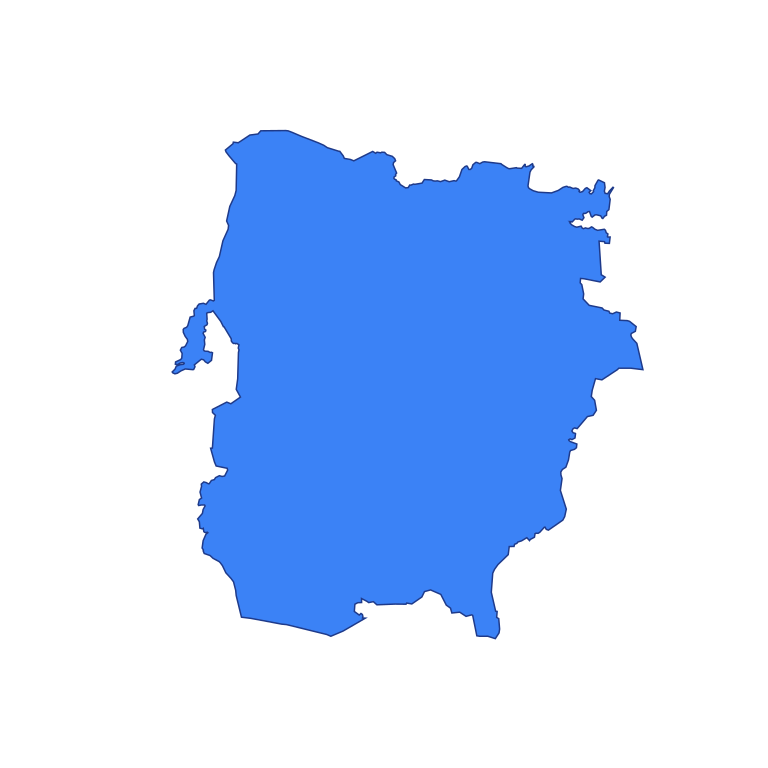 the district of Kastuļinas pag., Aglonas, Latvia, rotated 112°
{"feature_id": "27541924B97590463974978", "entity_name": "Kastuļinas pag.", "entity_type": "district", "adm_level": 2, "iso_a3": "LVA", "parent_name": "Latvia", "parent_adm1": "Aglonas", "projection": "albers", "projection_center": [27.187, 56.158], "detail": "fine", "context": "isolated", "style": "filled", "palette": "blue", "viewbox_px": 768, "rotation_deg": 112, "n_neighbors": 0, "source": "geoboundaries", "source_scale": "gbopen_adm2", "svg_char_len": 6171}
<svg xmlns="http://www.w3.org/2000/svg" viewBox="0 0 768 768"><g transform="rotate(112 384 384)"><path d="M582.7,203.6L582.0,200.6L579.0,193.3L578.4,185.4L571.7,184.1L567.9,185.0L558.6,189.7L558.2,192.1L552.5,193.9L552.8,195.4L536.9,206.5L518.7,212.3L514.5,212.1L508.7,210.7L495.7,204.9L487.8,207.0L485.9,202.6L483.7,202.9L482.0,201.1L480.4,200.7L477.9,197.7L473.0,194.0L474.7,190.4L473.4,190.2L469.7,187.1L466.2,187.9L465.4,187.2L464.7,185.2L463.1,184.0L456.8,181.7L456.4,181.1L458.0,179.1L457.9,176.8L443.2,167.2L439.2,166.8L431.7,168.1L416.6,180.6L405.0,183.5L402.0,185.9L399.4,187.1L396.4,186.6L393.0,184.2L385.3,184.5L377.4,186.3L375.8,186.1L373.2,182.9L371.0,181.7L367.4,182.7L367.6,189.6L367.1,191.4L366.5,191.9L365.1,190.8L365.2,188.9L362.5,186.7L358.3,187.8L358.1,188.3L358.4,190.3L357.2,192.2L354.8,192.0L353.3,190.9L353.0,188.2L338.0,183.2L334.7,178.4L328.8,177.2L320.2,182.6L318.0,187.1L311.8,188.6L299.8,189.9L298.5,183.5L283.3,173.0L281.4,172.2L276.9,161.1L273.7,149.3L251.6,164.8L248.9,170.5L247.8,172.1L246.1,173.5L244.5,173.6L241.0,170.7L236.3,171.7L233.9,179.8L234.1,182.2L236.6,189.3L229.7,191.7L230.2,195.5L233.2,198.3L233.7,201.3L232.3,202.7L233.0,207.7L231.8,210.3L234.2,223.2L230.5,231.3L225.7,232.6L217.8,237.8L216.7,240.0L212.5,241.3L211.5,238.0L208.4,221.8L202.1,219.0L201.3,223.5L171.0,238.1L169.4,232.9L170.7,231.9L169.2,227.7L163.0,229.4L163.9,231.5L163.8,232.0L161.0,232.6L160.5,234.6L158.5,236.3L158.0,237.7L161.5,243.5L161.5,246.4L160.6,249.3L160.6,250.5L162.9,252.1L163.6,253.7L163.8,255.7L165.3,257.3L165.2,258.6L163.8,260.4L166.4,264.0L166.6,266.2L166.1,269.7L164.9,272.1L163.9,271.4L163.7,272.4L163.2,271.2L163.2,270.2L159.8,268.9L159.0,268.1L158.8,266.7L157.8,264.8L157.9,261.6L154.9,260.9L152.7,263.0L151.4,263.0L150.8,262.6L150.8,261.8L149.8,260.6L147.8,259.4L147.1,258.1L151.0,254.6L151.3,253.5L148.2,251.7L147.5,250.4L146.9,246.1L148.6,243.9L148.6,243.1L145.8,242.3L144.2,240.9L140.6,242.1L138.1,240.8L134.6,241.7L128.0,243.5L125.9,245.4L123.7,246.1L116.0,244.8L115.8,245.4L120.6,247.3L123.8,247.9L124.4,250.4L122.7,251.9L118.9,252.7L114.8,255.0L114.4,261.4L114.9,261.9L121.0,262.7L123.1,262.0L126.5,262.4L127.2,261.7L130.0,262.9L130.4,264.3L129.4,265.7L127.2,264.7L126.0,269.4L127.2,270.6L131.2,272.0L132.8,274.0L132.5,275.2L131.3,275.2L130.4,277.1L130.5,279.6L131.9,282.0L131.8,285.5L132.5,286.8L132.2,288.0L132.4,289.0L134.6,291.7L139.2,294.9L144.1,300.3L148.4,312.8L148.9,318.1L148.4,322.2L147.8,323.6L146.4,324.7L133.0,328.0L130.3,327.8L126.5,326.3L125.9,326.9L126.1,327.8L124.5,328.3L124.2,329.0L127.6,331.3L129.4,333.7L129.2,334.7L127.6,335.3L127.7,335.8L132.5,337.2L134.0,341.5L133.8,342.2L137.3,348.1L137.6,349.2L137.4,351.3L136.3,357.2L135.9,358.1L140.3,374.1L141.3,375.7L143.8,377.7L143.8,381.1L144.2,382.0L147.4,383.7L151.1,383.5L152.8,384.4L153.3,385.7L150.9,388.4L150.9,389.1L152.0,390.3L155.9,392.1L163.6,391.7L168.5,392.9L169.0,393.6L169.2,395.2L172.0,399.3L172.2,404.0L175.2,407.4L175.6,410.5L176.7,412.6L177.2,414.5L177.0,416.4L179.3,423.2L183.5,424.0L187.3,430.2L187.6,431.6L189.5,433.5L189.9,434.7L192.8,435.1L194.1,437.4L193.0,443.6L191.1,445.9L191.0,448.7L190.1,449.3L190.1,451.0L189.7,451.8L188.3,452.2L186.6,451.1L185.3,451.8L183.7,451.3L177.2,457.7L175.1,458.1L172.7,456.9L171.0,458.5L169.8,461.6L170.3,467.3L169.0,470.2L169.9,472.9L170.9,473.7L171.7,477.3L173.2,478.2L172.6,481.6L188.4,495.6L188.4,499.3L189.7,505.3L187.8,507.2L184.8,512.2L185.1,512.8L186.1,525.1L185.2,529.4L185.0,535.3L185.3,553.3L185.1,563.3L185.2,567.8L185.9,570.2L195.4,593.1L199.4,594.5L203.4,601.6L214.9,609.5L216.2,614.3L217.8,614.0L226.5,618.7L228.0,617.4L230.6,613.0L235.2,604.2L235.2,603.0L259.9,593.6L265.3,592.9L277.1,593.5L291.8,591.0L295.2,587.5L298.9,586.5L311.6,587.0L327.5,584.4L334.0,584.8L341.9,584.3L344.6,583.8L370.0,572.7L370.9,573.3L371.0,576.4L371.6,577.3L376.8,578.9L376.8,581.7L379.1,585.4L381.5,586.2L384.0,586.1L384.7,587.5L387.3,587.7L391.6,585.5L392.3,585.8L394.6,588.8L403.5,587.8L405.4,588.3L407.3,590.2L408.6,590.6L411.3,589.4L414.3,586.2L416.2,583.1L418.1,581.9L423.0,582.3L424.6,583.2L425.9,585.2L428.9,585.5L431.3,582.6L435.8,581.2L437.5,581.7L441.6,585.5L443.8,584.9L443.4,582.8L440.7,580.7L439.4,578.5L439.4,577.3L439.9,576.9L440.9,577.4L442.4,580.1L445.3,583.3L448.4,583.3L452.2,584.9L452.8,584.0L452.9,581.7L451.4,579.6L447.9,577.2L444.5,573.9L442.3,566.5L441.8,565.9L438.8,565.7L437.3,567.0L429.5,562.7L429.1,560.4L430.4,557.9L430.8,555.1L426.7,552.8L419.3,554.7L419.2,555.8L419.9,557.2L419.6,559.3L420.6,562.2L420.5,563.4L419.8,564.2L414.4,565.0L410.4,567.1L407.7,567.3L404.8,570.7L403.4,570.7L402.2,569.2L401.4,569.2L400.7,569.4L400.5,570.8L398.0,572.2L395.4,570.3L393.9,570.4L391.9,572.0L390.2,572.3L384.8,574.9L383.8,574.1L382.4,571.5L380.2,570.0L387.1,558.8L391.0,554.4L390.9,553.7L399.3,542.6L401.3,541.7L402.4,540.1L402.8,538.8L402.1,537.2L402.3,536.7L401.5,535.6L402.0,533.2L405.3,532.6L406.7,531.2L409.2,530.8L434.0,521.6L444.3,519.0L449.9,512.2L459.7,518.6L459.7,523.0L471.9,533.6L474.7,532.3L476.2,528.6L479.8,528.2L507.7,519.1L508.5,520.7L519.8,512.0L522.9,508.9L520.9,497.8L522.4,496.7L529.0,497.3L530.4,499.5L530.7,502.3L533.9,505.1L536.2,505.5L538.1,507.9L541.9,508.7L542.3,509.7L542.0,511.9L542.3,514.4L545.3,515.9L547.3,514.8L553.1,514.1L558.1,510.4L560.3,511.9L565.5,511.1L566.1,510.3L564.7,508.2L563.4,505.0L564.1,504.2L568.1,504.7L572.0,503.9L578.9,506.2L580.9,503.6L586.6,500.7L586.4,498.3L585.5,497.5L588.3,495.8L588.7,495.0L588.5,493.5L587.6,492.3L587.9,491.6L589.9,492.8L597.0,493.0L604.2,491.2L605.6,489.2L606.4,489.2L608.5,487.2L608.2,481.0L609.7,477.1L610.4,470.4L611.0,468.9L613.0,465.7L618.3,459.9L621.6,453.0L623.8,449.4L630.9,444.2L635.5,441.8L653.6,428.8L651.2,419.8L645.0,389.0L643.6,384.3L637.7,343.3L637.8,338.8L628.4,329.4L608.1,313.6L609.0,316.3L607.4,316.5L605.8,317.7L605.4,319.4L607.5,320.4L606.0,326.3L599.1,328.5L596.6,326.4L595.0,322.9L591.3,324.5L591.9,318.4L592.4,316.3L589.8,312.3L591.4,307.9L583.9,291.3L579.9,281.1L578.6,280.9L577.5,275.8L567.3,269.1L561.3,268.7L557.5,263.7L557.8,252.5L565.7,243.4L566.9,238.4L570.9,235.3L567.2,228.3L568.7,220.9L565.2,216.2L565.3,215.1L582.7,203.6Z" fill="#3b82f6" stroke="#1e3a8a" stroke-width="1.5"/></g></svg>